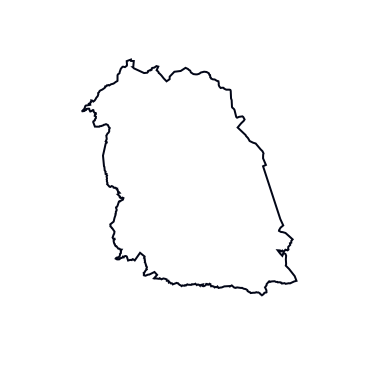 Villa Hidalgo, Jalisco, Mexico (Robinson projection), rotated 43°
{"feature_id": "50627088B61911650212714", "entity_name": "Villa Hidalgo", "entity_type": "district", "adm_level": 2, "iso_a3": "MEX", "parent_name": "Mexico", "parent_adm1": "Jalisco", "projection": "robinson", "projection_center": [-102.593, 21.663], "detail": "fine", "context": "isolated", "style": "outline", "palette": "ink", "viewbox_px": 384, "rotation_deg": 43, "n_neighbors": 0, "source": "geoboundaries", "source_scale": "gbopen_adm2", "svg_char_len": 5983}
<svg xmlns="http://www.w3.org/2000/svg" viewBox="0 0 384 384"><g transform="rotate(43 192 192)"><path d="M192.4,113.8L181.4,113.7L181.1,108.2L181.3,104.7L181.0,103.1L178.3,102.2L177.3,102.3L175.2,104.9L174.3,106.9L173.1,106.9L167.1,103.0L165.9,102.7L163.9,102.8L163.2,102.5L158.4,97.8L156.7,96.9L151.3,91.6L150.4,91.2L149.5,91.7L147.3,93.8L145.1,94.5L144.0,94.3L142.9,95.2L142.0,96.4L140.0,96.2L138.4,95.4L137.6,94.4L135.8,93.0L134.1,93.8L131.9,94.2L130.4,95.4L128.6,96.0L127.8,95.5L127.2,95.7L125.5,94.2L125.0,94.5L123.3,93.7L120.8,94.3L118.8,95.8L117.0,98.6L116.7,100.4L115.8,102.1L114.8,103.2L112.6,104.8L109.6,105.3L107.9,104.5L106.7,104.8L105.1,104.8L102.6,105.6L101.2,111.2L97.1,116.1L97.0,122.8L98.7,124.8L97.9,128.4L93.8,128.2L90.0,127.6L87.1,127.5L86.6,127.7L85.3,127.0L83.1,127.1L81.8,123.3L80.1,124.2L79.6,126.7L78.3,128.4L78.3,129.0L79.1,130.1L78.8,131.2L78.3,131.2L77.4,133.6L77.9,134.0L77.9,135.3L75.8,137.7L65.4,141.1L63.6,141.1L63.9,140.8L60.1,135.9L58.0,137.7L57.0,136.8L55.0,140.8L57.8,143.4L58.2,144.1L57.8,146.4L56.2,147.3L55.8,147.8L55.9,150.4L57.3,153.6L57.9,154.4L57.9,155.3L57.6,156.4L57.9,157.4L61.7,161.5L61.7,161.9L61.2,163.4L60.7,166.2L59.3,168.5L58.8,170.5L57.9,170.8L57.6,171.7L57.1,171.9L57.1,173.3L56.5,173.9L56.8,174.6L57.1,174.8L57.1,175.6L56.6,178.1L55.7,180.3L55.6,181.5L56.0,182.5L55.9,183.7L56.9,184.5L57.7,186.5L57.7,188.2L58.2,190.0L58.4,191.7L58.1,193.2L56.7,193.2L56.2,193.5L56.4,193.6L56.2,194.5L56.4,195.1L56.9,195.4L56.9,196.2L56.4,197.7L57.2,197.9L57.5,197.2L58.1,197.6L55.4,201.2L55.4,202.0L56.5,204.4L56.5,207.6L56.8,207.7L58.0,206.2L58.1,205.3L58.6,204.2L58.2,203.1L59.8,201.3L60.2,201.3L61.4,202.1L62.7,202.5L63.0,202.1L63.7,199.5L64.1,199.4L65.1,200.2L66.5,200.5L66.9,200.5L67.7,199.9L68.5,200.4L68.3,201.7L68.9,202.7L70.3,202.4L71.4,203.7L71.4,204.7L71.7,205.6L72.1,205.9L71.7,207.6L72.0,208.2L76.4,210.4L79.6,207.5L79.6,206.9L80.8,205.5L80.9,205.0L81.5,204.1L81.7,203.0L82.3,202.3L82.5,201.6L82.9,201.0L84.9,200.4L87.0,201.3L88.0,201.2L88.4,201.6L88.6,202.6L90.1,204.1L90.5,205.5L90.3,206.9L90.8,208.3L90.8,209.1L93.5,211.4L94.4,213.9L95.4,213.6L96.0,214.0L95.8,215.2L96.0,215.7L102.1,226.1L110.1,233.2L110.8,233.4L113.5,235.8L114.9,236.0L115.3,236.7L116.5,237.7L117.2,237.1L117.7,237.7L118.7,237.9L118.9,238.9L120.4,239.9L120.8,240.3L121.0,241.0L122.0,241.6L122.6,242.4L123.8,242.9L124.3,243.4L124.5,244.1L128.1,244.4L128.9,243.9L129.1,242.6L130.0,242.1L131.9,241.9L132.0,242.1L132.8,241.6L133.2,241.0L133.7,240.9L134.4,241.2L135.0,240.6L135.7,241.4L136.3,241.2L137.8,242.4L138.4,241.9L139.5,242.0L138.9,242.7L139.3,243.8L140.1,244.2L139.9,244.4L142.4,244.4L142.5,245.0L143.2,245.2L144.3,244.9L145.0,243.5L146.0,243.2L146.7,244.7L146.0,246.6L145.7,248.1L145.2,248.2L145.1,248.9L146.9,252.8L147.2,254.1L146.9,254.8L147.1,255.3L149.1,256.4L149.6,257.3L149.6,258.1L151.1,259.9L151.0,260.4L151.7,260.9L153.0,263.8L154.9,267.1L154.3,271.4L155.6,272.4L155.8,272.8L157.7,272.8L158.0,273.1L158.8,273.0L162.3,273.8L163.6,275.7L163.6,276.3L165.0,279.5L166.4,279.9L167.2,279.0L167.8,279.4L167.7,280.8L168.1,281.3L169.8,282.5L171.1,282.8L171.2,283.1L173.1,283.7L173.6,283.2L176.8,283.7L177.7,282.9L178.8,283.0L179.8,282.2L180.1,283.7L180.6,283.9L180.9,284.5L181.6,285.0L181.6,286.5L182.1,286.8L182.8,288.3L182.8,289.9L181.8,291.1L181.5,292.4L181.6,292.8L183.2,292.4L184.7,290.9L185.0,288.6L185.4,288.4L186.0,286.9L185.6,286.4L185.9,286.2L186.6,286.2L186.4,285.3L186.9,284.3L187.9,283.7L188.4,283.7L192.0,285.7L193.1,283.8L194.4,282.9L194.3,281.7L194.7,281.4L196.8,281.1L195.5,271.9L201.3,271.5L201.8,272.7L202.1,272.5L202.8,273.3L203.3,273.3L204.0,274.2L204.8,274.5L205.4,275.6L206.6,275.8L207.3,276.4L208.5,276.9L208.7,277.4L210.3,277.7L211.0,279.3L211.7,279.4L211.6,281.3L212.0,282.6L211.9,284.2L212.9,284.6L213.3,285.6L213.8,285.7L215.1,284.9L216.1,282.6L217.1,281.4L219.1,276.1L223.0,276.4L223.1,281.1L223.8,280.7L224.3,280.0L227.2,277.9L227.2,277.1L229.2,276.7L230.0,274.8L231.6,273.8L233.1,273.2L234.1,274.1L235.2,273.0L236.6,273.9L236.7,273.2L238.8,273.3L239.2,272.7L239.9,272.4L240.9,272.7L242.8,268.9L243.6,268.7L243.9,268.3L246.2,268.4L247.3,268.0L248.6,267.9L248.7,266.9L250.3,265.8L250.3,265.1L250.6,264.7L251.3,264.6L251.5,262.8L252.1,262.7L254.7,260.5L255.0,260.0L254.9,259.4L255.6,259.0L256.8,257.5L257.0,256.8L259.0,256.8L259.2,255.9L260.0,255.2L261.6,255.1L261.3,254.7L262.1,254.1L262.0,253.7L262.8,252.5L262.9,253.1L263.4,253.5L263.7,253.6L263.9,253.1L264.0,253.2L264.4,252.8L264.9,252.8L265.6,250.8L265.1,249.5L265.7,249.0L267.0,248.9L267.4,247.1L268.3,246.9L268.5,247.4L270.3,247.9L270.5,247.2L271.6,246.8L272.2,246.3L273.6,246.4L274.1,245.3L275.2,244.6L275.1,243.8L276.9,244.0L278.1,242.3L278.8,241.6L280.0,239.0L283.7,235.1L283.8,235.5L284.1,235.4L284.8,233.2L288.1,233.1L289.4,232.3L289.4,231.9L290.2,230.9L293.5,228.6L293.9,228.0L295.7,227.5L297.5,226.4L299.3,226.0L300.4,226.6L301.2,226.2L302.2,226.2L302.9,225.7L303.8,225.9L305.7,223.7L306.7,222.8L307.4,221.4L308.2,221.1L309.0,220.2L310.5,219.8L312.1,220.1L312.9,219.7L313.6,219.8L314.0,217.9L313.7,216.3L314.8,214.9L314.9,214.6L313.4,213.1L310.6,212.0L310.7,211.8L310.3,211.1L310.2,209.5L309.4,208.5L309.3,204.8L309.7,204.4L310.4,204.6L311.3,203.0L313.3,200.9L314.7,200.5L315.8,199.5L316.3,199.6L318.0,197.9L318.8,197.9L319.3,197.3L320.2,197.6L321.9,195.5L323.1,195.3L325.1,192.6L326.0,192.0L327.7,187.8L329.0,185.7L324.5,183.5L315.6,182.1L310.8,181.9L310.0,180.5L306.5,177.2L304.3,174.4L302.6,173.6L301.5,173.9L300.4,174.5L301.1,175.7L301.6,177.1L298.5,176.9L294.4,176.2L296.2,174.7L297.7,174.6L298.0,173.2L299.9,173.1L299.7,170.5L301.7,169.5L301.8,168.8L301.8,168.3L300.9,167.8L299.8,166.4L299.9,163.7L298.6,162.7L299.2,161.4L298.0,160.1L297.9,158.0L288.3,158.2L285.7,159.5L284.4,160.5L282.1,161.1L281.7,160.5L281.1,157.7L281.5,154.2L275.1,151.6L226.4,124.7L227.6,121.8L221.0,118.9L218.6,116.2L218.0,115.0L215.7,114.1L212.9,114.0L205.5,113.1L203.0,114.3L199.4,115.4L196.3,114.4L193.3,114.2L192.4,113.8Z" fill="none" stroke="#020617" stroke-width="2"/></g></svg>